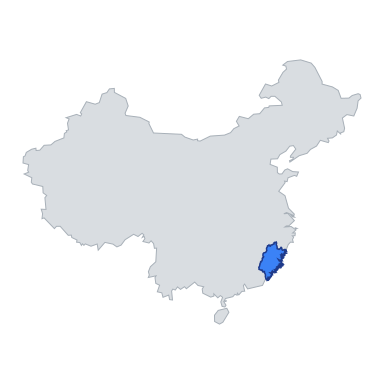 location of Fujian within China
{"feature_id": "CHN-1178", "entity_name": "Fujian", "entity_type": "Province", "adm_level": 1, "iso_a3": "CHN", "parent_name": "China", "parent_adm1": "", "projection": "equal_earth", "projection_center": [118.681, 25.949], "detail": "fine", "context": "in_parent", "style": "filled", "palette": "blue", "viewbox_px": 384, "rotation_deg": 0, "n_neighbors": 0, "source": "natural_earth", "source_scale": "10m", "svg_char_len": 9331}
<svg xmlns="http://www.w3.org/2000/svg" viewBox="0 0 384 384"><path d="M210.7,297.1L202.8,293.2L202.2,289.0L203.7,286.7L198.0,285.5L194.7,282.1L186.4,288.7L184.5,286.7L180.5,289.4L177.5,286.9L175.3,290.0L172.8,289.1L171.6,291.0L172.5,300.0L169.6,299.6L168.7,295.1L163.0,297.3L161.8,292.8L157.3,291.8L159.6,285.2L155.8,283.4L155.0,277.6L156.1,275.8L148.3,277.5L149.3,275.0L148.4,271.7L150.4,266.7L155.8,261.8L156.6,248.1L154.4,248.3L153.6,243.6L151.1,240.8L149.0,243.0L142.9,241.5L144.9,238.7L144.2,236.4L142.3,237.4L143.8,234.8L142.1,233.3L138.0,236.5L133.6,234.3L125.1,239.7L121.1,245.1L116.9,246.9L112.9,244.1L104.9,242.4L98.2,250.2L97.2,244.0L91.0,246.2L85.3,243.9L83.9,245.3L82.4,243.8L81.4,245.4L79.8,242.5L76.6,242.2L77.0,240.0L71.8,237.5L71.3,235.1L68.2,235.3L60.2,226.3L56.5,226.3L54.4,228.6L44.1,217.9L42.0,218.7L42.6,213.6L41.2,209.2L46.0,209.4L44.9,197.7L46.7,195.5L43.1,192.8L42.8,186.5L32.5,184.0L31.3,182.2L31.8,177.7L24.1,174.0L28.7,172.2L27.7,170.5L28.6,164.6L23.0,163.0L23.4,156.8L25.1,155.9L26.3,152.4L31.7,149.2L35.9,148.2L36.1,150.5L39.8,150.2L44.1,145.3L50.9,144.9L55.0,141.4L63.9,137.9L64.4,133.4L66.8,131.9L66.2,130.7L68.5,129.9L67.5,123.2L69.1,118.9L66.1,117.7L76.6,114.4L80.7,116.0L81.7,113.9L80.3,112.7L86.4,101.7L95.2,104.2L99.3,102.6L102.1,94.1L106.9,92.6L109.4,88.9L114.3,88.4L114.4,92.4L125.7,98.4L128.2,106.0L125.1,113.2L125.9,115.5L139.9,117.3L149.2,122.0L148.9,123.6L153.5,133.0L181.5,134.3L184.9,137.1L193.2,140.0L197.6,139.1L197.5,140.7L200.1,141.1L210.3,136.1L224.5,135.1L230.5,132.7L233.9,128.6L239.1,126.0L236.4,121.3L239.3,116.4L248.3,118.7L253.7,114.2L259.7,113.7L264.5,107.9L268.7,107.4L269.2,105.9L282.2,105.3L281.4,102.0L274.9,96.3L271.1,96.3L268.8,98.6L265.7,97.1L261.2,98.3L259.2,95.3L265.5,84.0L271.7,86.0L278.9,82.4L278.4,80.1L283.0,72.3L286.5,69.1L285.9,66.1L282.8,65.1L287.5,61.5L300.7,59.9L311.2,63.1L314.9,67.4L322.1,81.4L322.1,84.1L332.4,86.9L338.2,90.4L341.1,98.3L348.9,98.1L352.2,95.5L358.1,93.7L360.1,94.5L361.0,98.1L358.1,100.9L357.1,108.2L353.8,116.0L346.9,114.6L342.4,118.0L344.6,128.3L343.8,131.7L340.3,133.0L341.0,134.4L337.3,131.0L336.5,135.0L332.4,137.9L327.5,138.3L329.0,141.0L328.3,142.6L320.3,140.3L316.5,146.1L310.5,149.4L307.1,153.3L299.2,155.7L289.9,162.1L289.5,160.7L292.7,159.3L293.5,157.3L290.4,157.3L290.4,156.1L295.8,149.1L293.4,145.6L289.7,146.2L285.9,151.1L279.9,154.6L277.5,158.8L270.9,159.1L270.1,164.4L277.3,167.2L277.4,172.6L279.3,174.0L282.0,173.9L284.8,170.0L287.6,168.8L292.7,171.6L298.5,172.0L296.7,176.3L294.4,175.4L288.0,177.8L287.1,181.6L284.5,181.1L285.1,182.7L278.7,191.3L285.0,195.7L288.5,208.2L294.3,214.1L293.9,215.6L286.6,212.5L283.8,213.8L287.8,213.4L294.4,220.6L288.9,225.8L286.3,225.9L284.8,227.0L291.1,226.5L296.0,229.9L292.6,233.0L295.3,232.9L295.0,235.7L292.3,235.8L293.6,237.2L292.5,239.6L293.3,242.4L290.5,242.1L288.2,244.6L284.0,255.6L281.3,254.4L283.1,258.0L280.6,260.3L278.6,259.7L281.5,260.7L281.5,265.6L278.9,265.1L279.5,266.9L277.7,267.0L275.7,271.8L270.8,273.0L272.1,274.8L267.9,280.1L265.2,279.7L262.5,285.4L247.6,288.9L244.6,284.1L243.4,285.6L244.7,291.2L241.9,291.4L238.8,294.9L237.4,293.2L237.1,295.2L234.9,294.3L232.8,296.7L225.5,298.5L223.8,301.7L226.0,305.2L224.9,307.0L222.1,306.4L220.8,301.9L222.6,297.3L220.4,295.6L217.8,297.8L213.8,293.8L213.9,296.1L210.7,297.1ZM226.8,308.3L228.9,312.3L222.9,322.2L219.5,324.1L214.6,321.5L214.5,315.2L218.2,310.4L226.8,308.3ZM294.5,217.2L292.5,216.8L290.7,214.8L292.2,215.2L294.5,217.2ZM297.1,228.4L295.6,228.8L295.3,227.8L297.1,228.4ZM282.8,264.0L282.0,265.2L282.1,263.6L282.8,264.0ZM224.6,301.2L226.1,300.6L226.0,301.5L224.6,301.2Z" fill="#d9dde1" stroke="#a8b0b8" stroke-width="1"/><path d="M286.2,250.3L286.3,251.3L286.0,250.8L285.8,250.7L285.5,250.7L285.7,250.4L285.6,250.2L285.1,250.2L285.2,250.4L285.1,250.5L284.9,250.3L284.8,251.0L285.3,250.6L285.6,251.0L285.8,250.8L285.9,251.0L286.0,251.2L286.3,251.5L286.0,251.5L285.9,251.7L286.1,251.8L285.2,251.6L285.4,252.2L285.1,252.4L285.3,252.7L284.6,252.8L285.2,253.0L285.1,253.4L284.5,253.3L284.3,253.6L284.0,253.5L283.9,254.0L284.5,254.3L284.4,254.7L284.7,254.9L284.4,255.2L284.6,255.5L284.3,255.7L284.2,255.5L283.9,255.8L283.5,255.8L283.4,256.2L283.1,256.5L282.8,256.4L282.9,255.9L283.7,255.5L283.6,255.3L283.8,254.9L284.0,255.0L284.2,254.4L283.3,254.3L283.4,254.6L283.1,255.2L283.2,255.4L282.9,255.5L282.7,255.0L282.6,254.6L282.8,254.4L282.5,254.4L282.6,254.2L282.8,253.9L282.5,254.1L282.3,254.8L282.2,254.7L282.0,254.2L281.9,254.2L281.8,254.6L282.1,255.1L281.5,254.7L281.4,254.3L281.1,254.7L281.1,255.0L281.4,255.1L281.4,255.5L281.0,255.4L281.4,256.1L281.8,255.7L282.2,255.8L282.2,256.0L282.5,256.1L282.4,256.4L282.6,256.6L282.7,257.1L282.5,257.4L282.4,257.4L281.7,256.7L281.2,257.0L281.7,257.2L281.7,257.8L281.9,258.0L282.3,258.1L282.3,257.7L282.4,257.8L282.7,257.3L282.9,257.5L283.5,257.8L283.0,258.2L282.6,258.1L282.5,258.4L282.4,258.3L281.7,258.5L281.8,258.8L281.4,259.3L281.4,259.5L281.2,259.7L280.5,260.8L280.4,260.8L280.3,260.6L279.5,260.3L279.1,259.9L278.4,259.5L278.7,260.0L279.0,260.0L279.3,261.0L279.8,261.1L280.4,261.0L280.9,260.3L281.2,260.3L282.0,260.7L281.8,261.3L281.5,261.6L281.4,261.9L281.3,261.7L281.2,261.7L281.5,262.6L281.3,263.2L281.0,263.1L280.5,263.2L280.8,264.2L281.2,264.2L281.3,264.0L281.2,264.3L281.4,264.5L281.2,264.6L281.4,264.6L281.2,264.8L281.4,264.8L281.6,265.0L281.7,265.6L281.5,265.8L281.3,266.0L281.4,265.7L281.3,265.0L281.0,265.0L281.0,265.4L281.2,265.5L280.7,265.7L280.8,264.9L280.6,264.9L280.5,265.2L280.4,265.0L280.5,264.7L279.9,264.5L280.1,264.0L279.9,263.8L279.6,263.9L279.7,264.0L279.2,264.9L278.4,265.3L278.8,266.1L279.0,265.8L279.1,266.2L278.9,266.4L279.0,266.6L279.3,266.1L279.5,266.1L279.9,266.6L279.9,266.8L279.5,266.8L279.5,267.2L279.3,267.3L279.2,267.2L278.9,267.3L278.7,267.0L278.4,267.3L278.7,267.6L278.4,267.6L278.4,267.8L278.2,267.7L278.3,267.5L278.2,267.4L278.1,267.7L278.2,267.0L277.6,266.9L278.0,266.5L277.1,266.8L277.3,267.0L277.3,267.3L277.5,267.1L277.7,267.3L277.5,267.9L276.9,267.9L276.9,268.1L277.5,268.7L277.8,268.3L277.7,268.8L277.8,269.1L277.7,269.3L277.6,269.1L277.3,269.1L277.3,269.5L277.6,269.6L277.5,269.8L276.6,269.6L276.1,270.0L276.0,269.9L276.2,269.5L276.0,269.2L275.9,269.6L275.8,269.1L275.6,269.4L275.8,269.7L275.2,269.7L275.5,269.9L275.6,270.6L276.0,270.3L276.1,270.6L276.4,270.6L275.9,271.4L275.7,271.2L275.7,271.3L275.6,271.7L275.8,271.9L275.8,272.0L275.5,272.4L275.1,272.6L275.1,272.3L275.3,272.3L274.4,271.7L274.4,271.2L274.2,271.4L274.3,271.8L274.2,271.9L273.9,272.1L273.5,272.0L273.1,272.4L272.9,272.2L273.1,271.8L272.8,271.8L272.9,271.5L272.7,271.2L272.4,272.1L272.0,271.8L272.0,272.3L271.8,272.3L271.8,272.1L271.6,272.3L272.1,272.6L271.8,273.0L271.0,272.8L270.7,272.9L271.2,273.1L270.5,273.0L271.2,273.7L272.0,273.5L271.9,274.2L272.3,274.0L272.5,274.7L272.2,274.7L271.7,275.2L271.6,275.5L271.4,275.1L271.2,275.3L271.4,275.5L271.1,276.1L271.1,276.6L270.8,276.6L270.2,277.6L270.2,277.2L270.6,276.6L270.3,276.7L270.3,276.2L270.3,276.5L270.1,276.5L269.8,276.3L270.0,276.5L269.9,277.2L269.6,277.5L269.5,278.1L269.6,278.5L269.3,278.9L269.3,278.0L269.2,277.6L268.2,277.2L268.2,277.5L268.6,277.5L268.7,277.8L268.5,278.5L268.3,278.6L268.0,278.5L267.7,278.7L267.4,278.6L267.5,278.7L267.3,279.6L267.4,279.8L267.2,280.0L267.1,279.3L267.0,279.5L267.0,279.8L266.8,279.9L265.9,278.9L265.3,276.2L265.5,275.1L265.1,273.7L264.8,273.3L264.7,272.9L264.2,272.5L264.4,271.5L263.7,271.4L262.8,271.8L262.0,270.0L261.4,270.3L261.2,270.0L260.4,270.0L259.9,269.6L259.1,269.4L258.9,269.1L259.1,268.7L258.8,267.2L259.2,266.9L259.6,266.1L259.8,264.7L260.1,264.1L260.0,263.6L260.5,262.6L260.8,262.5L260.6,261.8L260.9,261.4L261.8,261.0L262.2,260.2L262.3,259.6L262.2,258.4L262.9,257.4L263.2,257.7L263.4,257.5L263.6,256.7L263.3,256.6L263.1,256.2L262.9,255.2L263.1,253.7L263.9,252.8L265.4,252.5L266.1,251.8L266.8,250.4L266.6,249.9L266.6,249.3L266.5,248.3L267.2,246.9L267.6,246.5L267.6,245.8L268.0,245.8L269.0,244.9L269.5,245.8L270.3,246.2L270.6,245.9L270.6,245.5L270.7,245.2L271.5,244.9L272.2,244.9L272.7,244.4L274.0,244.0L274.1,243.3L273.9,243.0L274.3,242.6L274.5,242.4L274.9,242.6L275.4,242.3L275.9,242.4L276.2,242.1L276.6,243.0L276.4,243.3L276.5,243.6L276.3,243.9L276.3,244.9L276.7,245.4L277.1,246.9L277.1,247.3L277.3,248.3L277.1,248.5L277.2,248.8L278.4,249.0L278.7,249.3L279.3,249.3L280.0,248.6L280.5,248.5L280.9,247.4L281.4,247.4L281.5,247.5L281.4,247.9L281.6,248.0L281.9,248.6L281.9,249.3L282.4,250.2L283.3,250.1L283.7,249.8L284.1,250.0L284.6,249.5L285.1,249.4L285.9,249.8L286.2,250.3ZM282.9,264.4L282.7,264.3L282.6,264.6L282.9,265.0L282.4,265.1L282.4,265.5L282.0,265.2L282.1,264.8L281.8,264.8L282.5,264.5L282.2,264.5L282.2,264.0L282.0,263.9L282.4,263.4L282.5,263.4L282.6,263.9L282.8,264.0L282.7,264.1L283.1,264.3L282.9,264.4ZM268.0,278.7L268.9,278.9L268.6,279.1L268.6,279.5L268.3,279.7L268.3,280.2L267.7,280.3L268.1,279.4L267.8,279.3L268.0,279.0L268.0,278.7ZM272.3,272.3L272.9,272.5L272.9,272.8L272.6,273.3L272.2,273.1L272.4,272.9L272.2,272.8L272.3,272.3ZM279.3,260.3L280.2,260.7L280.2,260.9L280.1,261.0L279.3,260.7L279.1,259.9L279.3,260.3ZM279.9,264.2L279.8,265.2L279.6,265.3L279.5,264.8L279.6,264.3L279.9,264.2ZM280.9,267.0L281.2,267.1L281.0,267.4L280.9,267.1L280.6,267.1L280.5,266.9L280.6,266.7L280.9,267.0ZM281.4,259.7L281.7,260.1L281.1,259.9L281.4,259.7ZM285.7,253.2L285.8,252.9L286.1,253.2L285.7,253.2Z" fill="#3b82f6" stroke="#1e3a8a" stroke-width="1.5"/></svg>